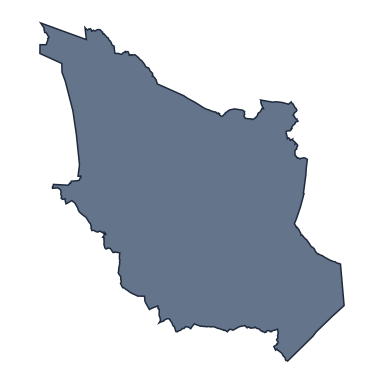 Mazapil, Zacatecas, Mexico
{"feature_id": "50627088B29003489227366", "entity_name": "Mazapil", "entity_type": "district", "adm_level": 2, "iso_a3": "MEX", "parent_name": "Mexico", "parent_adm1": "Zacatecas", "projection": "natural_earth1", "projection_center": [-101.902, 24.38], "detail": "fine", "context": "isolated", "style": "filled", "palette": "slate", "viewbox_px": 384, "rotation_deg": 0, "n_neighbors": 0, "source": "geoboundaries", "source_scale": "gbopen_adm2", "svg_char_len": 5935}
<svg xmlns="http://www.w3.org/2000/svg" viewBox="0 0 384 384"><path d="M260.6,100.0L261.1,101.1L261.3,101.1L260.9,101.6L260.8,102.8L261.2,103.2L261.3,104.1L261.7,105.1L263.5,108.7L262.0,108.5L261.5,109.8L259.7,112.3L258.5,112.9L257.9,113.6L257.5,115.3L256.5,116.7L254.0,118.9L252.0,119.5L252.0,119.0L245.4,118.4L244.9,117.4L244.0,116.5L244.3,114.9L244.7,114.1L244.3,112.8L244.6,111.6L244.1,111.4L242.9,110.2L234.5,108.9L229.4,110.0L225.1,113.1L224.8,114.1L224.0,114.5L222.8,115.9L221.8,116.5L219.8,115.3L219.5,114.6L219.7,113.9L218.9,113.4L218.5,113.7L218.1,113.0L217.3,113.6L216.0,112.2L214.8,111.8L213.9,112.0L212.7,111.3L211.2,111.0L209.6,110.1L205.9,109.0L205.1,108.4L204.4,108.3L195.2,102.4L188.0,98.6L183.9,95.8L157.3,83.9L156.1,79.8L154.7,77.8L153.3,76.5L152.9,76.4L152.9,75.8L152.4,75.9L152.7,73.8L151.9,72.6L149.9,70.7L149.2,68.7L148.4,67.8L147.9,67.6L147.3,67.7L145.9,66.8L145.1,65.7L144.8,64.7L141.5,60.4L140.0,59.6L138.6,57.7L134.9,54.7L133.1,55.0L131.8,54.7L131.6,54.8L131.6,55.2L130.9,55.4L130.2,54.7L129.3,55.2L128.3,51.9L126.6,51.5L125.6,52.2L125.3,51.5L124.8,51.7L124.3,52.3L122.5,53.2L122.3,53.8L121.3,54.4L117.9,53.3L116.8,53.5L114.9,53.3L114.1,47.7L114.3,47.4L113.9,46.0L112.4,45.3L111.7,44.2L111.4,42.9L110.0,40.8L109.4,40.6L108.1,37.9L106.5,37.0L105.8,35.8L103.8,34.0L104.0,34.0L103.9,33.7L102.9,33.7L102.6,32.1L101.8,31.8L100.7,30.2L99.7,29.6L97.3,29.6L95.7,30.7L94.7,31.0L93.6,30.2L91.6,31.3L91.4,31.1L91.6,30.4L91.1,29.5L90.3,28.7L89.6,29.1L89.0,28.9L87.7,30.0L87.0,29.7L85.0,27.6L86.4,39.6L40.7,23.0L44.2,28.3L44.0,29.4L44.8,32.6L46.1,32.6L49.0,37.4L47.7,38.4L48.0,39.6L46.1,44.7L40.0,44.7L39.9,53.5L61.8,63.5L62.0,72.3L65.3,81.3L72.9,110.9L76.4,134.8L79.5,164.9L78.0,176.2L79.5,176.2L79.6,176.3L80.8,176.0L80.9,177.4L80.4,177.5L79.3,180.2L76.9,180.8L71.2,181.2L70.6,183.4L69.8,183.1L68.3,185.2L53.4,184.4L53.2,185.8L52.4,187.0L52.6,188.3L57.4,187.9L58.6,188.3L60.3,189.7L60.8,190.5L61.1,192.0L60.8,193.6L61.0,194.7L61.2,195.5L61.8,196.3L61.1,197.9L61.2,198.4L62.6,199.4L65.1,198.9L65.2,200.9L66.1,203.9L71.8,200.6L75.1,203.2L75.2,203.7L77.8,208.1L78.4,210.3L79.3,211.8L81.9,214.3L86.1,217.4L89.1,222.3L90.7,224.1L90.9,225.8L91.3,226.3L91.0,228.3L91.9,230.6L93.0,230.3L94.0,230.5L95.9,231.6L97.9,232.1L99.3,231.2L100.0,231.3L101.3,232.0L101.5,231.9L101.7,232.3L101.7,232.1L104.2,233.6L104.3,232.3L105.7,233.6L105.8,234.5L104.2,234.5L104.0,235.5L102.6,237.3L104.3,238.2L103.9,239.2L104.1,242.4L103.9,244.3L104.9,247.8L105.6,248.8L106.3,248.9L108.4,248.0L110.4,248.5L113.0,252.5L114.3,252.4L114.7,252.0L119.9,252.9L119.4,255.9L119.5,259.3L120.0,260.5L119.5,261.9L119.7,263.3L119.5,265.1L118.7,268.3L118.7,270.7L118.2,272.6L118.8,274.1L119.8,275.3L120.8,276.9L120.8,279.6L121.3,282.0L120.5,283.4L122.5,287.4L122.7,287.1L131.0,292.9L137.8,296.1L144.5,296.2L144.9,300.8L145.6,302.8L149.4,309.5L152.8,307.8L157.9,306.0L157.9,308.0L158.6,309.2L159.3,309.3L159.1,315.0L159.4,316.4L159.9,317.2L160.4,319.7L160.4,320.7L159.1,322.9L161.3,321.7L163.2,321.3L165.1,319.7L167.1,318.7L169.2,318.9L170.1,319.9L170.3,320.7L170.6,320.9L171.2,321.9L171.9,322.6L172.0,322.9L172.5,324.6L173.4,326.1L174.2,326.4L175.9,331.6L177.3,331.8L177.9,331.2L181.0,330.0L182.4,328.5L184.0,328.5L185.7,326.6L188.8,327.3L190.7,328.7L192.4,326.1L194.3,323.9L200.7,326.3L201.9,326.1L203.0,326.5L204.6,326.4L206.3,326.8L208.6,326.5L210.4,326.9L213.9,326.7L217.9,328.4L219.1,328.5L221.8,329.6L222.9,329.7L223.5,329.9L223.6,330.3L224.3,330.4L224.7,330.1L227.5,331.8L227.8,331.2L229.8,329.2L232.8,330.0L233.0,330.2L239.3,326.7L244.7,325.6L244.7,325.8L245.8,326.5L247.0,327.8L247.4,327.8L247.8,327.5L247.8,327.1L248.2,327.0L249.3,327.2L250.2,328.1L253.9,327.9L254.4,327.4L254.7,327.5L254.7,327.2L255.4,327.2L256.9,328.5L258.6,328.8L259.5,329.2L260.7,330.7L261.7,331.0L262.6,331.7L263.2,331.6L264.1,331.9L264.4,332.5L265.3,332.4L266.2,331.7L266.4,331.8L266.5,331.2L267.5,330.7L268.2,330.5L269.2,330.8L269.9,331.3L270.9,331.4L270.8,331.7L271.7,331.6L272.0,331.0L273.3,330.4L275.0,330.2L277.4,329.1L278.0,331.3L278.0,334.3L277.5,335.6L278.0,338.0L276.8,339.1L276.6,339.7L276.8,340.4L277.9,341.4L278.1,341.9L278.1,342.6L277.4,344.0L277.0,343.7L276.5,344.8L273.8,346.5L275.6,350.2L277.1,349.1L277.4,349.8L277.8,350.2L281.2,352.7L281.9,353.4L282.8,355.1L283.0,355.1L283.4,356.2L284.7,357.1L285.2,358.3L285.4,359.5L286.0,360.6L287.1,360.6L287.7,361.0L312.7,336.5L316.4,331.7L332.6,316.0L344.1,305.6L340.5,264.2L339.7,263.6L339.0,263.8L338.4,263.3L337.2,263.2L335.0,261.7L333.6,261.6L329.6,260.0L324.4,257.1L322.3,255.6L320.5,255.1L318.4,253.9L318.3,254.1L317.9,253.7L317.3,253.8L315.3,251.2L314.4,249.0L312.8,247.4L311.7,246.9L310.7,245.9L309.8,244.3L306.6,239.7L305.7,239.2L303.7,237.1L303.1,236.2L302.7,236.0L302.4,235.2L301.0,235.3L300.8,233.4L299.4,230.9L299.2,230.1L297.7,228.1L296.6,226.9L296.4,227.3L294.4,223.7L296.4,218.9L300.5,206.8L304.0,193.6L303.4,193.5L305.9,174.6L306.2,168.8L307.3,159.6L307.3,159.4L305.5,158.2L304.5,157.9L303.6,157.8L301.9,158.3L301.0,158.2L300.5,158.8L299.9,159.0L298.4,157.9L298.0,157.8L297.9,158.1L297.4,158.2L297.0,157.8L296.6,156.8L295.7,155.8L295.1,155.6L294.9,151.4L295.6,149.6L296.6,149.2L296.9,147.3L296.8,147.0L297.7,145.8L297.5,144.9L296.2,143.4L295.2,143.9L295.4,143.4L295.2,142.4L293.6,141.1L293.3,140.5L292.6,140.2L292.4,139.9L292.6,139.1L292.0,139.5L291.2,139.6L290.3,140.4L289.9,139.9L289.7,138.9L289.1,138.2L288.3,137.8L287.4,138.6L286.9,135.6L286.5,134.8L286.5,134.3L286.3,134.2L286.4,133.6L286.1,133.4L286.1,132.4L286.2,131.6L287.0,131.1L289.0,130.7L289.9,130.9L290.3,130.3L291.3,129.7L291.2,128.6L292.0,128.5L291.7,127.6L293.1,125.2L295.0,123.8L295.3,122.4L296.5,121.6L297.5,121.5L298.0,121.2L297.0,119.7L296.9,119.0L296.1,119.1L295.1,118.0L294.4,116.5L293.2,115.4L293.6,115.3L294.0,113.3L296.4,111.2L296.9,110.3L296.6,109.6L296.0,108.4L295.0,107.6L293.1,104.0L292.2,103.5L291.2,101.9L288.5,104.2L282.4,102.5L276.7,101.8L272.3,102.1L260.6,100.0Z" fill="#64748b" stroke="#1e293b" stroke-width="1.5"/></svg>